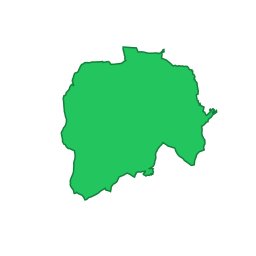 outline of Iclanzel, Mures, Romania, rotated 216°
{"feature_id": "2599482B66807271844758", "entity_name": "Iclanzel", "entity_type": "district", "adm_level": 2, "iso_a3": "ROU", "parent_name": "Romania", "parent_adm1": "Mures", "projection": "albers", "projection_center": [24.269, 46.544], "detail": "fine", "context": "isolated", "style": "filled", "palette": "green", "viewbox_px": 256, "rotation_deg": 216, "n_neighbors": 0, "source": "geoboundaries", "source_scale": "gbopen_adm2", "svg_char_len": 5754}
<svg xmlns="http://www.w3.org/2000/svg" viewBox="0 0 256 256"><g transform="rotate(216 128 128)"><path d="M179.5,190.7L179.3,190.4L179.1,189.9L177.5,188.1L175.1,186.3L174.2,185.3L173.4,184.6L172.4,184.1L171.6,182.6L171.1,182.0L170.9,181.8L169.5,181.2L170.3,179.8L171.0,177.0L171.2,176.6L173.0,174.9L173.2,174.5L174.8,173.2L177.0,171.1L179.6,169.3L181.2,170.2L181.7,170.3L182.7,170.3L183.2,170.0L183.6,169.6L186.6,166.5L187.6,166.9L187.8,166.8L188.6,165.9L190.2,164.5L192.3,163.0L193.2,162.2L195.6,160.5L196.4,159.6L197.3,158.4L197.8,158.0L198.4,157.6L198.8,157.2L199.5,157.0L200.1,156.4L201.4,155.5L201.5,155.2L201.7,154.1L201.9,153.5L202.7,152.4L202.8,151.4L202.7,149.7L202.3,148.2L202.1,146.5L201.8,145.7L201.6,144.6L201.6,144.1L201.7,143.2L202.7,142.0L203.2,140.9L203.2,140.6L203.2,140.3L202.7,139.2L202.5,137.9L201.9,137.1L201.6,135.0L201.4,134.6L200.9,134.2L200.9,133.6L200.7,133.3L200.0,132.7L198.5,131.8L198.1,131.4L197.4,130.9L197.1,130.7L197.0,130.4L197.1,130.2L197.4,130.1L197.9,130.3L198.4,130.7L198.7,130.7L198.9,130.5L199.1,130.1L199.3,129.3L199.1,126.9L198.6,125.6L198.3,125.1L198.2,124.7L198.4,124.1L198.4,123.4L198.5,122.4L198.5,121.7L198.6,121.3L198.8,120.8L198.8,120.6L198.7,120.1L198.4,119.3L197.8,118.5L197.8,118.3L197.8,118.2L198.1,117.8L198.5,116.7L198.8,116.5L198.7,116.2L198.0,114.3L198.0,114.1L194.4,110.1L191.9,107.1L190.4,105.5L189.5,104.3L189.0,103.7L187.7,102.8L185.1,100.3L183.5,99.4L182.9,98.9L182.2,97.9L181.0,95.9L180.3,94.0L180.0,91.9L180.0,91.4L180.2,90.6L180.2,90.2L179.6,88.2L179.4,85.8L178.9,84.6L174.2,80.2L173.1,78.6L170.5,77.3L170.0,77.3L169.3,77.6L168.8,77.6L168.2,77.4L167.5,76.9L167.0,76.6L166.5,76.5L164.4,76.3L163.0,77.1L161.1,77.4L158.0,78.1L157.8,78.0L156.5,76.6L156.1,76.4L155.5,75.7L154.3,74.3L153.6,73.2L152.7,71.4L152.0,69.3L151.4,68.1L150.1,66.1L149.4,65.5L149.2,65.0L148.9,64.7L148.5,63.8L148.2,63.4L146.7,61.1L146.0,59.7L145.2,56.8L144.6,54.1L143.8,51.6L143.6,51.1L142.2,49.7L142.0,49.4L141.8,48.8L140.9,47.7L140.3,47.3L138.4,46.5L135.7,45.7L133.6,43.8L133.0,43.4L131.8,44.9L131.8,45.8L129.2,45.8L126.1,46.5L125.6,46.6L124.6,46.4L122.4,45.6L120.7,44.5L119.8,45.3L119.3,46.5L119.0,48.2L118.9,48.6L118.4,49.4L117.4,50.5L114.8,55.5L114.8,55.9L114.6,55.9L113.9,57.6L113.5,58.9L113.6,59.0L113.1,60.9L112.6,62.2L111.4,64.9L111.2,65.8L111.0,65.7L110.6,65.2L110.2,65.0L109.7,64.8L109.3,64.9L108.9,65.0L108.1,65.5L106.9,65.7L105.7,66.2L104.8,66.3L105.1,67.1L105.8,68.5L106.7,70.0L107.0,70.9L107.0,72.1L107.0,73.9L106.9,74.1L106.3,75.0L105.8,76.4L105.5,77.6L105.5,78.2L105.6,78.9L106.3,82.4L106.5,82.7L106.5,82.9L106.3,83.4L104.8,85.8L104.4,86.3L103.7,87.8L103.3,88.4L103.1,89.2L102.9,89.7L102.5,90.3L101.9,91.2L99.5,91.6L97.9,91.8L95.0,91.8L94.5,91.9L93.8,92.2L94.2,93.3L94.5,94.0L94.5,95.0L94.7,95.3L94.8,96.3L95.0,96.4L94.9,97.1L94.7,97.5L94.5,98.0L93.0,99.1L92.4,99.4L91.6,100.0L91.0,101.1L90.3,101.5L89.6,102.1L89.3,102.9L88.6,103.2L88.2,101.8L88.7,100.0L88.5,99.6L87.7,99.4L86.8,99.7L85.3,99.7L85.0,100.2L84.7,101.0L84.3,101.5L83.7,101.9L83.0,102.1L82.6,102.4L82.5,103.9L82.4,104.5L81.5,104.1L81.5,104.4L80.8,105.1L81.1,105.4L81.3,105.8L81.4,106.8L81.6,107.2L83.6,108.9L83.5,109.2L83.6,109.8L85.4,109.3L86.6,107.7L86.9,107.7L85.8,110.1L85.2,111.9L85.1,112.4L85.3,113.4L85.8,115.1L86.7,116.7L87.7,119.9L90.4,123.1L91.1,125.0L91.1,126.6L91.6,127.8L91.5,132.0L91.3,132.8L91.0,135.3L91.1,136.2L91.1,136.8L90.4,136.7L87.7,137.0L85.5,136.9L84.8,137.0L81.2,138.3L80.5,138.4L78.8,139.2L78.0,139.1L75.5,137.3L73.8,136.5L72.0,135.8L70.1,135.4L69.4,135.4L65.8,135.6L65.1,135.5L63.4,134.9L58.5,135.0L54.9,134.9L53.9,135.8L53.3,136.6L53.1,136.9L52.8,137.2L53.2,138.0L54.5,140.0L55.3,142.0L55.4,142.9L55.7,143.7L55.8,144.2L56.0,145.1L56.5,145.7L56.5,146.2L56.7,146.4L56.8,147.1L56.4,150.3L56.3,150.8L54.1,154.0L53.5,155.1L55.3,156.6L55.6,157.0L56.0,158.2L56.3,158.8L56.4,159.2L56.4,160.1L56.5,160.4L57.3,161.7L58.3,162.3L58.4,162.9L58.5,163.2L59.7,163.8L60.7,163.9L61.0,164.1L61.7,164.6L63.2,165.3L65.0,166.8L65.4,167.3L65.9,168.4L66.1,168.5L66.8,169.8L67.1,170.1L67.3,170.6L68.7,171.9L69.4,172.5L68.7,174.2L68.3,175.9L68.0,177.9L68.1,178.0L68.4,178.3L67.0,180.2L67.4,180.8L68.0,181.7L67.7,183.5L67.2,185.2L67.0,186.2L67.1,187.9L67.0,189.1L66.4,190.4L65.6,193.0L66.7,194.1L67.3,191.9L68.1,189.8L68.7,190.3L68.5,191.0L68.6,191.8L68.8,193.4L70.5,193.5L70.6,193.0L70.9,192.9L70.9,190.6L72.5,191.5L72.6,190.7L70.9,189.5L71.6,185.4L71.9,184.3L73.3,184.7L74.6,185.3L74.9,185.7L75.1,185.8L75.9,185.7L77.0,185.3L78.8,189.6L82.7,188.8L82.9,189.3L83.1,189.5L83.3,189.3L83.3,189.1L83.8,188.6L84.2,190.1L84.8,189.5L85.5,189.9L85.8,189.8L86.1,189.9L86.1,190.2L86.5,190.5L86.9,191.0L87.1,191.3L88.5,191.2L91.3,194.0L92.2,195.1L92.0,195.5L91.4,196.4L91.3,196.7L91.6,197.0L91.7,197.5L92.4,198.1L92.9,199.3L93.7,199.9L95.2,201.4L96.9,202.9L97.4,203.6L97.8,203.9L98.4,204.7L98.7,204.9L98.8,205.1L99.0,205.2L101.5,205.7L101.8,206.2L102.1,206.4L102.5,206.4L102.9,206.2L103.0,206.4L103.0,206.7L103.2,206.9L103.4,207.0L103.6,206.9L103.7,207.1L103.7,207.7L103.6,207.9L103.9,208.7L104.1,208.9L106.3,210.0L107.4,209.6L109.0,212.0L110.1,211.6L110.4,212.5L111.9,211.8L112.7,211.3L112.9,211.3L114.1,212.1L115.7,212.6L116.5,212.5L117.5,211.9L118.1,211.4L118.3,211.1L119.1,210.6L120.1,210.4L121.2,209.4L121.9,209.1L122.0,208.9L123.6,208.2L123.9,207.3L125.1,206.7L126.5,206.5L127.2,205.8L127.8,204.9L128.7,204.8L131.6,205.2L136.5,205.5L137.8,205.3L141.8,204.2L142.4,204.9L142.6,205.5L143.5,207.2L144.1,207.9L144.9,208.7L143.6,210.8L145.1,212.6L145.7,211.3L145.4,210.8L145.8,208.0L146.7,206.6L147.5,205.9L148.0,205.7L148.1,205.9L150.1,204.7L152.5,202.6L154.6,201.1L156.5,199.9L157.9,199.5L159.3,198.9L161.5,197.8L163.5,196.3L164.4,195.4L168.4,197.7L173.6,194.3L174.2,194.0L179.5,190.7Z" fill="#22c55e" stroke="#15803d" stroke-width="1.5"/></g></svg>